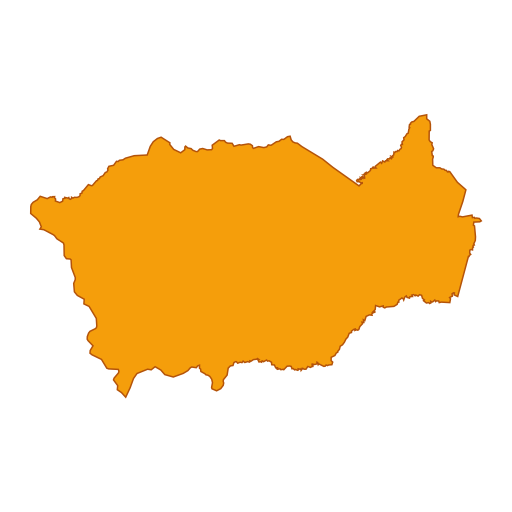 outline of Pa Phayom, Phatthalung, Thailand
{"feature_id": "78962969B75084248147684", "entity_name": "Pa Phayom", "entity_type": "district", "adm_level": 2, "iso_a3": "THA", "parent_name": "Thailand", "parent_adm1": "Phatthalung", "projection": "orthographic", "projection_center": [99.888, 7.825], "detail": "fine", "context": "isolated", "style": "filled", "palette": "amber", "viewbox_px": 512, "rotation_deg": 0, "n_neighbors": 0, "source": "geoboundaries", "source_scale": "gbopen_adm2", "svg_char_len": 6042}
<svg xmlns="http://www.w3.org/2000/svg" viewBox="0 0 512 512"><path d="M40.2,196.3L37.3,199.8L33.1,202.3L31.3,204.5L30.8,206.5L30.7,213.5L36.3,218.2L39.4,221.9L41.3,226.8L39.9,229.1L43.8,229.7L53.1,234.6L54.5,235.6L56.9,238.8L63.4,243.0L64.0,244.9L64.2,255.6L66.4,258.7L70.1,259.0L71.1,259.9L71.5,267.5L75.3,277.6L75.2,279.8L73.7,283.4L74.4,291.8L77.3,295.4L84.2,299.2L83.9,303.9L89.1,306.4L96.3,318.4L96.8,326.0L96.4,327.7L95.3,328.7L90.0,331.3L88.6,333.1L87.3,336.6L87.2,339.2L88.1,340.7L93.0,345.8L90.2,350.5L90.0,353.2L92.0,354.8L101.5,359.4L106.8,368.2L108.7,368.9L118.3,369.4L118.9,371.2L118.5,372.9L114.1,378.1L113.5,379.9L117.7,385.6L117.3,389.7L121.5,392.6L125.7,397.2L130.1,387.8L133.5,378.5L137.0,373.5L147.6,369.2L151.2,369.8L155.1,366.7L160.8,370.0L164.8,374.6L173.3,377.0L183.2,373.4L187.9,370.6L190.3,367.8L191.7,367.0L196.3,367.7L197.6,365.9L199.5,365.2L199.5,368.2L200.6,369.1L200.9,371.5L204.9,373.7L205.9,374.8L207.9,375.2L209.8,376.4L211.7,379.2L212.5,382.7L211.6,387.4L212.0,388.8L216.6,390.8L220.7,388.7L223.2,385.4L223.7,383.0L223.2,381.3L223.4,379.7L227.1,375.1L228.2,368.1L230.4,365.9L233.0,365.5L233.9,362.6L235.5,361.7L236.4,361.7L237.7,363.2L240.1,362.2L242.0,362.6L243.1,361.1L244.8,362.5L247.6,361.6L249.5,362.1L250.1,361.6L249.9,360.8L251.2,361.1L253.4,359.6L256.6,359.2L257.5,358.5L259.0,359.6L258.0,360.0L259.0,362.0L260.3,361.7L261.6,362.2L261.8,361.1L262.4,360.9L263.6,361.7L266.6,360.0L267.5,361.1L269.1,360.8L271.5,362.3L271.7,364.7L274.4,365.0L275.7,367.8L277.6,367.7L277.8,368.3L276.9,368.8L277.3,369.3L280.0,368.8L280.8,369.7L283.3,369.3L283.8,369.7L287.1,366.2L289.6,366.0L291.2,366.4L292.0,368.8L293.0,368.5L294.7,369.9L295.4,369.5L297.8,370.3L298.4,369.8L298.2,368.8L300.5,369.3L300.9,368.9L301.1,370.4L302.8,368.3L304.0,369.2L306.0,369.2L307.8,366.5L310.6,367.4L311.9,366.5L312.8,366.5L313.1,365.9L312.0,364.9L312.2,364.0L314.6,364.5L316.9,363.9L316.9,362.2L317.7,362.5L318.2,364.7L318.9,363.9L323.9,366.4L325.3,366.1L326.1,365.0L327.5,365.6L328.6,365.0L331.9,364.7L332.7,362.1L331.1,360.6L331.2,357.3L334.9,355.5L336.2,353.1L337.8,352.1L337.7,351.4L339.4,349.4L340.2,346.2L342.5,344.8L344.4,342.2L345.9,339.1L347.7,337.2L349.2,333.3L351.5,332.5L351.5,331.1L353.9,329.3L355.2,329.0L354.9,330.4L356.7,329.8L357.8,330.2L358.8,329.5L359.8,326.6L362.6,323.6L362.0,322.2L363.8,322.4L363.4,319.8L364.8,320.6L366.1,316.4L369.4,314.9L372.0,315.2L371.7,314.3L372.5,313.1L374.9,312.1L374.8,311.6L373.0,311.8L375.2,309.5L375.6,305.5L379.6,306.9L383.2,305.9L383.2,307.2L384.8,307.9L386.4,307.0L393.9,306.4L397.1,304.4L397.9,302.1L398.8,302.1L398.8,300.2L401.9,298.0L403.1,298.6L403.7,300.0L404.7,297.2L406.3,295.9L407.0,297.4L409.5,298.1L409.9,296.7L412.5,296.5L411.8,295.1L413.6,294.6L415.1,295.8L415.8,295.0L418.1,296.1L419.5,294.7L421.6,295.3L422.5,298.4L424.3,299.8L423.5,300.7L426.4,303.0L428.8,302.6L429.6,303.5L430.9,302.9L430.7,301.3L431.8,302.0L432.7,301.9L434.8,300.0L435.6,301.6L436.4,300.9L438.7,301.0L439.2,302.6L441.3,302.1L449.8,302.6L450.5,298.8L449.6,297.5L452.3,296.2L452.1,293.7L453.5,292.8L454.4,292.9L454.0,294.8L457.7,296.5L468.4,256.5L469.0,256.5L469.4,255.4L470.7,254.4L469.7,253.2L469.8,250.2L471.0,249.5L472.5,249.9L472.6,247.8L473.4,247.1L472.9,246.2L473.3,245.3L474.3,245.0L473.8,243.8L475.3,240.5L475.5,236.8L474.5,225.9L473.4,225.2L473.8,222.1L479.8,221.8L481.3,220.9L479.4,218.5L476.3,218.0L474.8,218.3L474.4,217.4L472.4,217.6L472.0,215.1L462.5,216.9L459.9,216.3L458.2,216.7L458.5,214.2L462.8,201.5L465.9,189.8L457.4,182.3L449.8,171.7L448.7,171.3L448.1,172.0L447.5,171.9L446.4,170.4L445.1,170.3L443.9,169.2L441.6,168.9L439.9,167.8L436.3,167.8L432.8,165.3L432.6,159.2L433.3,156.8L433.1,155.9L432.3,155.6L431.7,151.5L432.8,150.8L433.6,148.8L431.8,144.5L432.2,142.8L430.2,141.6L429.1,139.9L429.2,131.1L430.4,130.4L430.4,124.3L429.8,121.3L426.7,118.8L426.7,114.8L419.2,116.3L413.9,121.4L411.7,122.0L410.4,123.3L410.5,124.1L409.5,124.6L409.1,127.3L409.7,127.7L408.9,129.1L408.2,133.2L407.0,133.7L405.2,136.6L403.7,137.7L404.0,139.8L402.0,141.9L402.4,144.4L401.5,144.3L400.7,145.4L401.5,147.2L401.1,148.6L399.9,149.3L398.9,150.9L397.6,150.5L397.1,151.6L395.7,151.5L394.8,152.5L394.0,152.1L393.7,154.9L392.8,155.5L392.8,156.9L391.1,156.3L391.9,157.8L391.5,158.7L390.1,157.7L389.6,158.8L387.7,158.8L386.9,159.7L388.0,160.7L385.5,160.8L384.8,162.0L382.6,160.9L381.6,163.3L380.4,162.1L375.3,166.3L375.3,167.3L376.0,168.0L373.6,168.1L373.6,167.1L373.1,167.0L371.9,168.5L370.7,168.7L370.4,170.5L367.6,172.9L366.4,172.2L365.1,173.1L366.1,173.3L366.3,174.0L363.4,174.8L364.3,175.1L364.7,178.1L364.1,178.3L362.6,176.4L361.9,176.7L362.3,178.2L360.4,177.5L361.1,179.4L360.1,179.6L359.6,178.8L358.5,180.0L357.9,179.3L356.6,180.3L357.1,181.7L359.2,181.7L361.0,182.9L362.2,182.7L362.2,183.4L361.4,183.5L359.0,185.9L332.8,167.3L322.7,159.2L301.9,146.6L297.4,143.2L295.1,142.9L292.9,141.9L291.2,139.9L290.1,136.2L287.5,136.7L283.8,139.4L281.6,139.3L279.0,141.3L276.3,141.8L271.1,145.3L268.3,144.9L266.7,146.9L263.8,147.6L258.6,146.6L253.4,148.4L252.6,147.5L252.4,145.7L250.3,144.2L248.3,143.9L241.0,145.1L239.4,144.7L234.0,146.3L232.1,143.3L227.5,143.1L225.6,142.2L224.4,140.6L220.5,140.6L219.2,140.0L212.2,145.2L212.5,148.5L211.6,149.7L207.2,149.9L202.7,148.5L199.7,149.1L197.5,151.6L196.1,151.6L192.7,150.2L191.1,148.6L187.9,148.0L185.6,146.1L184.9,146.9L184.8,149.7L180.7,152.8L173.7,149.4L169.7,144.4L169.9,142.8L161.1,137.2L157.4,138.5L153.3,141.7L150.3,146.3L147.2,155.0L134.2,155.7L125.4,158.2L123.0,159.8L119.4,160.3L118.2,161.5L116.5,161.3L113.6,165.3L108.9,166.3L107.6,168.8L108.0,170.1L106.8,172.0L105.3,172.5L103.1,175.7L100.2,177.0L99.3,178.7L98.1,178.9L97.5,180.5L96.5,180.7L92.4,185.5L91.4,185.7L88.4,184.6L83.4,190.6L82.2,191.2L81.9,193.1L80.1,193.8L80.1,195.6L79.0,196.7L77.1,197.4L74.5,197.3L72.9,198.1L71.6,197.3L71.6,198.2L70.6,199.3L69.3,198.9L68.8,197.5L67.9,198.1L64.8,197.4L64.9,198.3L63.0,198.7L62.6,201.2L59.8,202.6L55.4,201.0L55.6,199.0L54.4,197.6L54.6,196.6L52.4,196.7L52.1,197.3L50.5,196.9L47.2,198.6L40.2,196.3Z" fill="#f59e0b" stroke="#b45309" stroke-width="1.5"/></svg>